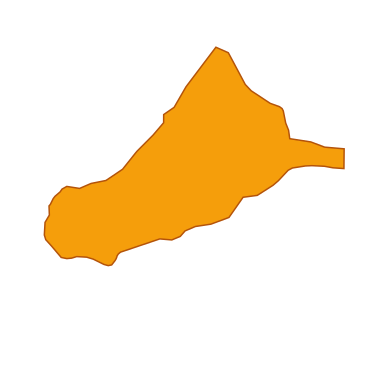 SVG path tracing the border of Chirang, rotated 38°
{"feature_id": "BTN-2481", "entity_name": "Chirang", "entity_type": "District", "adm_level": 1, "iso_a3": "BTN", "parent_name": "Bhutan", "parent_adm1": "", "projection": "orthographic", "projection_center": [90.138, 26.993], "detail": "fine", "context": "isolated", "style": "filled", "palette": "amber", "viewbox_px": 384, "rotation_deg": 38, "n_neighbors": 0, "source": "natural_earth", "source_scale": "10m", "svg_char_len": 994}
<svg xmlns="http://www.w3.org/2000/svg" viewBox="0 0 384 384"><g transform="rotate(38 192 192)"><path d="M134.9,59.9L167.8,74.5L176.4,75.8L199.0,74.0L208.5,70.9L211.6,70.8L214.0,71.9L223.4,80.0L230.1,83.9L236.2,89.8L254.8,79.4L268.9,75.0L285.3,64.3L297.3,80.0L288.1,86.2L280.5,90.2L270.3,97.4L265.4,101.6L256.4,111.2L254.4,115.6L253.1,130.0L251.7,136.9L245.5,154.5L235.5,164.7L236.8,189.3L226.7,205.7L215.9,217.1L210.5,226.9L210.1,234.2L205.6,242.2L195.5,248.8L172.7,283.4L172.1,286.2L172.3,288.4L173.0,290.2L173.4,291.8L173.6,293.7L173.6,298.9L171.3,301.6L167.2,303.3L155.6,305.7L149.1,308.2L140.9,313.9L137.9,318.2L134.3,321.6L129.2,324.1L114.7,321.1L106.1,319.6L102.1,316.8L94.9,306.4L93.8,298.0L87.9,291.0L88.0,289.0L86.7,282.6L86.7,279.7L88.0,273.1L87.8,269.7L89.9,264.7L101.2,258.4L107.2,247.4L117.1,235.9L123.3,216.8L123.5,196.0L123.6,193.5L126.3,171.1L127.0,154.9L122.0,148.4L125.8,136.3L122.5,112.7L121.7,63.2L134.9,59.9Z" fill="#f59e0b" stroke="#b45309" stroke-width="1.5"/></g></svg>